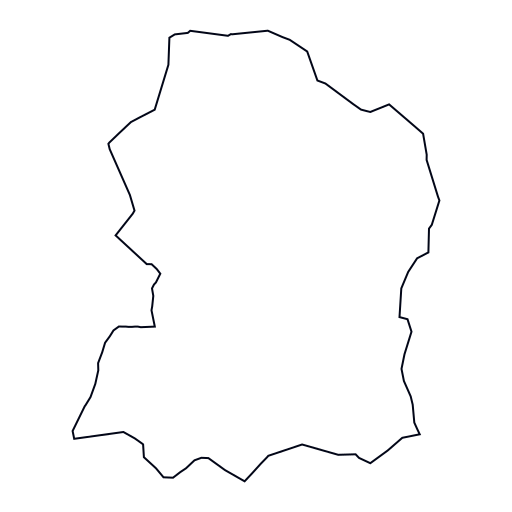 outline of Khana, Rivers, Nigeria
{"feature_id": "59680162B16294292751838", "entity_name": "Khana", "entity_type": "district", "adm_level": 2, "iso_a3": "NGA", "parent_name": "Nigeria", "parent_adm1": "Rivers", "projection": "robinson", "projection_center": [7.411, 4.698], "detail": "fine", "context": "isolated", "style": "outline", "palette": "ink", "viewbox_px": 512, "rotation_deg": 0, "n_neighbors": 0, "source": "geoboundaries", "source_scale": "gbopen_adm2", "svg_char_len": 1461}
<svg xmlns="http://www.w3.org/2000/svg" viewBox="0 0 512 512"><path d="M338.2,454.8L355.6,454.3L359.0,457.9L370.3,463.2L387.7,450.5L402.3,437.8L419.7,434.3L417.1,428.8L414.3,422.6L412.7,404.7L410.7,396.4L403.9,381.0L401.5,368.9L404.5,354.2L411.5,331.7L407.5,319.2L399.5,317.1L401.3,288.4L408.2,271.9L417.1,258.3L428.4,252.4L429.0,228.6L431.8,224.8L439.4,200.5L437.9,196.4L426.6,159.9L426.7,154.7L423.1,133.7L413.2,125.1L389.1,104.4L370.2,112.0L361.0,109.6L352.9,103.9L325.4,83.5L317.4,80.5L307.2,51.5L289.7,39.8L282.5,37.1L267.8,30.7L232.1,34.3L230.9,34.1L228.0,35.8L190.2,30.8L187.8,32.9L174.8,34.4L169.4,37.7L168.4,64.8L154.7,109.7L140.3,117.1L131.0,122.0L119.4,132.9L109.4,142.5L108.4,143.8L109.7,149.2L129.9,195.0L134.5,210.6L132.8,213.6L132.5,214.0L115.6,235.4L146.4,263.8L146.6,264.1L151.6,264.2L156.8,269.1L160.3,273.7L155.9,282.5L154.0,284.5L152.0,288.4L153.3,295.9L152.2,306.4L151.5,310.3L154.8,326.6L140.8,327.2L137.8,326.6L135.0,326.6L131.6,326.9L128.6,326.9L125.9,326.6L122.7,326.6L118.9,326.5L113.5,330.4L109.8,336.3L105.1,342.7L102.2,352.3L98.1,363.1L98.3,370.3L95.3,383.9L90.5,397.1L85.4,405.4L84.8,406.1L72.6,431.0L74.2,438.8L123.4,432.0L134.8,438.4L142.4,443.8L143.1,444.4L143.9,457.2L156.0,468.3L163.5,477.3L173.0,477.7L180.3,472.1L186.0,468.3L194.5,460.3L201.4,457.8L208.4,458.1L225.0,470.1L244.6,481.3L252.3,473.1L260.8,463.7L264.7,459.7L267.1,457.2L268.3,455.8L302.1,444.5L338.2,454.8Z" fill="none" stroke="#020617" stroke-width="2"/></svg>